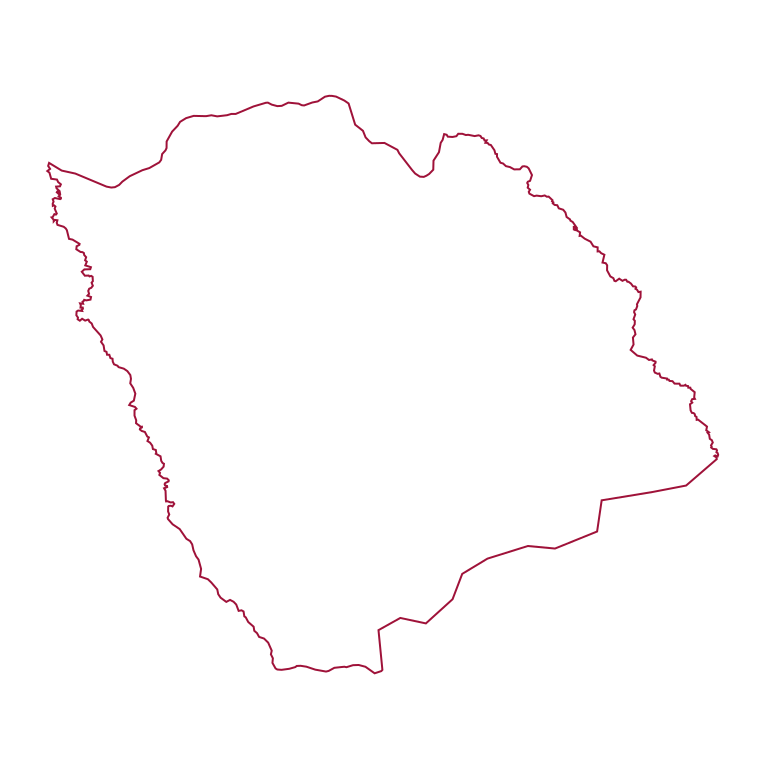 the district of Garu, Upper East, Ghana, rotated 89°
{"feature_id": "2480657B97498759939018", "entity_name": "Garu", "entity_type": "district", "adm_level": 2, "iso_a3": "GHA", "parent_name": "Ghana", "parent_adm1": "Upper East", "projection": "natural_earth1", "projection_center": [-0.247, 10.771], "detail": "fine", "context": "isolated", "style": "outline", "palette": "rose", "viewbox_px": 768, "rotation_deg": 89, "n_neighbors": 0, "source": "geoboundaries", "source_scale": "gbopen_adm2", "svg_char_len": 6109}
<svg xmlns="http://www.w3.org/2000/svg" viewBox="0 0 768 768"><g transform="rotate(89 384 384)"><path d="M634.7,513.3L636.4,508.4L640.6,504.3L648.7,500.9L652.3,501.8L656.3,499.9L660.9,500.4L666.5,497.4L667.6,495.7L668.0,491.4L667.1,483.7L665.5,477.6L664.4,476.2L664.3,472.3L665.3,466.5L668.4,457.7L670.5,447.0L669.9,444.3L666.9,438.6L666.0,428.6L666.5,426.5L664.6,419.9L664.5,414.2L666.4,407.5L673.1,398.4L671.0,391.7L669.8,390.6L630.0,393.8L618.2,371.8L624.1,346.3L600.4,319.2L575.2,309.1L560.4,283.6L548.5,243.0L551.5,215.9L535.2,173.5L504.1,168.4L496.7,117.6L490.8,83.7L464.9,52.6L463.2,52.9L461.8,55.0L461.2,54.1L462.2,51.7L460.7,51.1L458.9,51.6L458.1,52.8L456.2,52.2L455.1,52.8L454.6,56.3L453.2,58.0L452.2,57.5L451.1,58.1L448.3,56.3L445.9,57.2L444.5,59.2L440.3,59.8L438.4,61.3L437.9,60.0L435.9,62.6L432.2,61.8L425.1,70.6L425.3,72.0L422.4,72.1L421.4,73.5L419.6,73.8L418.5,74.9L418.2,76.7L415.7,77.9L409.6,78.4L408.0,76.1L406.5,77.2L404.5,76.1L404.3,73.4L402.9,74.1L397.6,73.5L394.3,77.5L393.0,77.8L393.0,79.8L391.4,80.0L391.0,82.1L390.1,82.6L390.9,84.2L390.8,87.7L388.8,88.6L388.7,93.5L386.2,95.5L385.9,98.5L384.6,99.2L384.5,100.9L383.5,100.9L382.5,106.3L381.6,107.5L378.3,108.5L378.6,110.2L377.3,113.0L375.3,113.8L371.0,112.9L369.8,114.1L367.5,112.1L366.4,112.1L365.1,115.3L364.1,115.7L364.6,118.6L362.3,121.6L360.0,130.3L354.2,136.8L348.9,133.8L341.9,134.3L338.7,131.7L334.5,132.6L332.0,134.4L328.7,132.3L325.2,132.1L323.6,133.4L318.9,131.6L316.5,132.7L314.7,132.3L313.8,130.7L310.4,129.4L308.7,129.7L301.9,126.0L296.2,125.8L296.5,128.0L294.1,129.4L293.2,130.9L291.8,130.2L290.9,131.1L290.7,133.3L287.9,135.3L286.0,137.8L286.0,138.9L284.0,140.1L283.9,141.4L285.0,143.8L282.8,147.0L285.3,150.5L284.9,151.8L282.2,152.8L280.4,155.8L274.2,159.0L269.2,158.8L267.1,160.2L266.4,163.4L258.6,161.4L257.0,164.6L255.1,166.3L255.2,168.1L251.1,168.0L250.0,172.2L245.3,175.0L242.2,180.8L239.1,184.6L239.3,185.8L235.8,185.3L233.8,188.6L232.7,188.4L232.2,189.2L233.4,190.3L232.8,191.5L230.2,191.5L230.1,190.7L231.1,189.7L230.9,188.7L225.3,192.5L223.9,194.8L222.7,195.1L220.2,198.5L215.7,199.6L212.9,201.8L211.4,206.2L208.3,207.6L207.9,210.3L206.3,212.1L205.3,211.5L204.3,212.8L203.2,212.3L199.5,216.1L199.6,217.9L198.3,220.0L199.0,223.5L198.3,228.1L198.8,230.7L196.2,235.3L194.4,235.9L192.3,234.6L190.2,236.9L187.5,236.2L185.5,237.3L184.3,236.7L183.4,234.4L177.7,232.4L170.9,235.6L169.3,237.4L168.7,240.0L168.9,241.8L171.7,244.4L171.7,250.1L169.3,254.3L168.3,258.3L165.6,261.1L164.8,263.7L158.7,267.1L156.1,267.0L155.8,268.6L152.2,269.5L146.9,273.0L146.4,274.9L144.8,276.2L144.6,278.4L142.2,277.1L142.3,279.2L140.2,280.1L139.7,282.0L137.7,283.2L137.0,285.1L137.7,289.0L136.3,295.5L136.5,297.8L135.2,301.3L135.1,305.4L137.5,307.3L138.2,311.2L137.8,315.9L135.9,317.0L135.2,319.5L140.9,321.1L143.9,323.1L153.2,325.0L161.5,330.6L170.6,331.0L174.8,335.2L176.5,338.0L177.6,340.6L177.3,344.5L174.1,349.2L170.5,352.2L153.6,364.8L150.1,366.5L143.0,379.3L143.1,391.9L141.0,394.5L137.1,398.1L130.5,400.6L124.2,408.3L102.9,414.5L99.9,418.7L95.8,426.9L95.0,431.1L94.9,433.9L95.7,438.0L100.3,445.3L101.3,450.8L104.1,459.0L103.8,461.4L102.2,464.5L101.0,474.7L104.1,481.4L104.3,485.8L102.7,491.4L100.7,495.1L100.7,497.0L104.2,509.6L111.4,527.6L111.3,531.9L112.5,536.2L113.5,546.1L112.3,551.9L113.1,557.3L112.6,569.6L114.7,577.2L118.3,583.3L122.2,585.8L127.9,591.4L137.7,597.1L144.3,597.3L146.6,598.4L150.2,601.8L156.0,602.9L158.5,604.8L164.0,614.9L166.0,621.8L171.8,634.6L177.1,642.1L180.3,645.3L182.5,649.6L182.8,653.3L181.8,658.0L168.2,689.0L165.0,702.5L157.1,715.0L160.1,716.0L163.1,714.1L165.2,716.9L166.9,714.8L173.0,713.2L173.9,707.4L176.4,706.3L178.7,703.6L180.7,704.5L180.9,708.4L182.6,708.0L185.5,705.0L187.3,704.7L185.9,707.3L186.6,707.8L189.4,704.8L190.7,706.0L192.1,703.8L193.0,703.8L193.5,704.6L192.3,709.8L193.5,712.0L195.9,711.2L197.9,712.1L200.1,712.0L199.6,710.8L200.8,709.4L202.9,710.2L207.9,708.2L208.9,709.1L208.4,710.6L211.4,712.4L211.6,713.4L214.1,711.4L215.6,711.4L214.2,710.1L214.6,707.7L217.1,708.4L219.2,707.7L221.2,701.5L222.9,699.5L224.7,698.4L233.4,696.4L234.2,692.9L238.6,685.9L239.6,686.2L240.9,688.9L243.9,689.3L246.7,685.1L246.9,683.2L247.8,681.8L249.8,681.5L252.0,679.6L255.1,680.7L256.5,679.0L260.2,680.6L262.1,675.0L264.1,675.7L264.2,681.6L266.5,684.2L270.5,681.2L270.4,677.4L271.3,676.6L270.8,674.9L271.7,673.5L276.1,673.3L277.6,674.6L280.7,673.4L282.7,675.0L283.6,677.1L285.8,678.1L288.7,677.3L290.5,679.0L291.9,675.4L294.5,676.0L295.2,680.2L294.4,683.1L295.2,682.1L296.5,684.0L298.5,683.4L298.1,686.5L299.8,685.8L302.3,686.1L302.3,683.9L303.5,683.7L304.5,685.0L305.7,684.5L305.2,688.5L306.2,690.1L309.9,690.4L312.3,688.8L313.9,689.2L315.4,687.0L313.5,684.7L315.4,681.7L314.4,678.7L314.8,678.1L316.4,677.6L318.4,675.2L321.9,673.9L330.5,666.5L334.5,664.8L336.9,666.2L340.5,663.7L346.1,662.9L347.0,660.9L349.9,660.4L350.0,658.1L353.3,657.1L354.0,655.0L356.9,654.8L359.6,653.6L361.1,650.1L362.5,649.1L364.1,643.9L366.6,640.4L370.6,637.5L374.4,636.9L378.9,637.7L383.5,634.8L389.3,632.8L396.3,634.4L398.2,637.6L400.6,639.1L402.6,633.4L404.4,631.9L405.8,633.9L411.3,634.0L415.9,632.4L418.9,632.6L422.6,627.8L422.5,626.8L423.2,626.8L424.2,628.7L425.2,628.9L426.7,627.1L427.8,623.9L432.4,621.6L433.3,620.0L436.9,621.5L438.6,618.9L441.6,616.8L445.0,616.2L446.0,613.3L449.0,612.9L449.8,613.4L452.4,608.7L456.9,608.1L459.1,606.8L459.9,605.4L462.8,605.8L465.6,608.4L467.1,611.0L468.9,609.5L471.0,610.2L474.3,606.2L474.8,602.5L476.5,600.9L477.6,601.1L479.2,604.5L480.3,605.1L481.6,604.7L482.2,602.7L483.3,602.6L484.4,605.7L486.9,604.3L496.7,604.1L497.6,603.9L497.4,602.7L498.7,599.4L498.5,597.0L500.2,595.8L502.7,597.6L502.0,599.2L502.2,601.3L502.8,601.9L507.7,602.1L510.7,601.0L514.0,602.7L515.3,602.3L520.6,597.8L525.5,590.8L535.3,584.3L537.7,580.6L541.0,578.6L546.9,577.4L553.0,574.9L556.3,572.5L565.7,570.1L573.3,571.3L576.1,563.5L579.4,560.2L586.5,554.3L591.3,553.4L594.8,551.1L599.1,545.5L597.2,541.7L599.1,538.2L601.9,535.6L608.3,533.3L607.8,530.4L609.0,528.4L613.9,527.7L614.9,526.3L619.6,523.9L624.4,518.6L628.5,518.0L630.9,515.3L634.7,513.3Z" fill="none" stroke="#9f1239" stroke-width="2"/></g></svg>